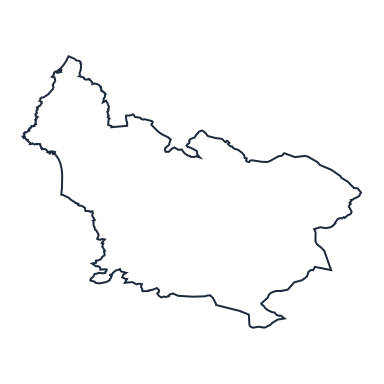 Wicklow Lea-6, Wicklow, Ireland (Robinson projection), rotated 180°
{"feature_id": "5873133B62202788208281", "entity_name": "Wicklow Lea-6", "entity_type": "district", "adm_level": 2, "iso_a3": "IRL", "parent_name": "Ireland", "parent_adm1": "Wicklow", "projection": "robinson", "projection_center": [-6.153, 53.022], "detail": "fine", "context": "isolated", "style": "outline", "palette": "slate", "viewbox_px": 384, "rotation_deg": 180, "n_neighbors": 0, "source": "geoboundaries", "source_scale": "gbopen_adm2", "svg_char_len": 6045}
<svg xmlns="http://www.w3.org/2000/svg" viewBox="0 0 384 384"><g transform="rotate(180 192 192)"><path d="M23.0,191.5L26.4,195.6L30.3,196.2L36.1,202.2L42.5,206.1L43.6,207.9L52.7,214.2L64.1,219.0L66.3,221.7L76.1,227.4L78.8,228.1L89.0,226.9L99.8,230.8L102.2,228.2L105.6,227.7L113.6,223.2L116.5,222.0L122.3,222.2L131.6,223.7L133.8,223.5L134.8,222.0L136.8,222.3L137.9,223.2L137.3,225.6L139.2,226.0L139.8,228.6L141.9,231.2L145.8,234.1L149.9,235.4L151.1,236.4L151.6,237.4L153.3,237.6L155.3,239.1L155.9,240.0L154.7,241.1L156.6,243.0L157.2,243.2L158.0,241.8L158.6,241.8L162.1,245.1L168.5,246.0L175.7,247.8L176.9,248.6L177.9,250.3L180.2,252.5L181.5,253.3L182.7,253.3L185.3,252.1L186.0,250.8L187.8,249.2L189.2,246.6L193.4,245.0L194.3,244.2L194.8,243.3L194.4,242.1L194.8,240.9L196.4,239.9L197.4,238.5L196.4,237.0L195.6,237.1L190.9,235.1L187.5,233.1L187.0,232.6L186.8,229.5L184.0,226.5L187.9,227.7L189.7,227.0L193.3,227.1L193.7,227.8L196.5,228.6L199.6,230.8L202.3,234.5L205.7,234.2L209.6,236.5L211.9,235.5L215.4,232.2L218.3,232.2L219.1,234.0L218.9,235.7L214.8,239.3L214.6,240.8L213.3,244.6L215.2,245.8L215.5,246.5L222.3,249.8L226.0,252.5L232.7,259.3L231.5,261.0L231.3,262.4L233.1,263.2L239.5,264.8L241.1,264.4L242.7,265.0L243.5,266.2L249.1,267.1L250.0,268.8L251.0,269.7L253.4,268.6L257.9,268.4L258.1,267.3L257.5,262.9L256.9,261.7L256.8,258.2L272.5,256.8L272.2,257.7L272.5,257.9L275.9,259.1L275.3,265.0L274.5,265.4L276.2,266.9L275.4,267.7L275.3,268.7L276.1,269.3L276.1,270.7L276.8,272.1L275.5,273.3L276.0,274.5L275.6,274.6L275.8,275.1L275.0,276.4L275.1,277.1L276.7,281.2L278.1,283.3L281.1,281.6L280.3,284.2L280.3,285.5L279.1,287.0L278.9,289.7L278.4,290.0L279.8,291.7L280.6,291.7L281.0,292.5L282.7,293.2L282.5,294.6L283.1,295.0L283.0,297.0L283.8,297.1L284.3,298.4L286.8,299.9L289.3,300.5L291.6,299.9L291.4,300.7L291.8,301.5L293.0,303.2L294.5,304.1L294.4,304.6L294.9,305.1L297.8,304.3L299.9,305.2L300.0,306.2L300.4,306.6L304.9,307.7L304.0,308.4L304.4,311.0L303.5,313.3L303.0,316.4L303.2,318.5L302.8,319.9L303.6,320.6L303.4,322.0L304.5,323.0L307.4,323.5L309.9,325.4L315.5,327.7L317.8,323.0L320.5,318.9L323.3,315.7L327.1,312.7L327.0,311.5L326.1,311.3L323.6,312.0L324.0,312.2L323.4,313.0L324.1,312.9L324.2,313.2L324.1,313.6L323.2,314.0L321.9,313.9L324.1,313.4L324.0,312.9L323.4,313.0L323.8,312.2L323.5,312.0L326.4,311.2L327.0,311.3L327.5,312.5L328.9,312.4L329.6,311.8L330.2,312.1L329.6,311.4L330.1,310.9L329.9,310.2L330.6,309.2L330.5,308.5L332.0,307.2L329.5,306.6L328.8,303.7L329.6,301.4L330.3,301.0L330.8,299.5L331.3,299.0L330.5,296.7L331.0,295.2L335.7,289.7L340.6,286.5L342.2,286.6L343.7,285.5L343.7,283.4L344.1,283.1L343.6,283.0L343.3,282.2L342.2,281.9L342.3,280.7L344.1,278.2L345.9,277.4L346.1,276.5L346.7,276.5L346.5,275.7L347.0,275.8L346.6,274.3L347.6,273.3L347.6,271.9L347.2,271.2L347.3,270.6L348.6,269.9L348.4,268.3L346.5,267.1L347.5,266.6L347.4,265.9L348.0,265.6L347.8,264.7L348.8,264.1L348.0,262.9L348.6,261.3L348.0,259.8L349.2,259.5L350.0,258.5L349.6,258.1L350.1,257.9L352.2,257.9L352.5,257.5L352.8,258.6L352.8,257.5L352.1,257.5L353.4,256.0L354.4,255.8L354.6,253.7L355.4,254.2L355.8,253.0L357.5,251.7L358.8,251.9L359.1,251.3L359.6,251.2L359.5,250.4L360.1,250.1L359.5,249.5L360.0,248.5L359.5,247.8L360.3,247.6L359.8,247.3L360.2,246.7L361.0,246.9L360.4,245.9L359.0,246.2L357.7,244.3L356.3,244.2L356.6,243.5L356.0,242.8L353.4,240.6L353.8,240.0L352.0,240.1L351.6,240.6L349.2,239.5L347.3,240.2L346.7,239.7L345.8,240.1L343.7,239.8L343.6,238.0L342.4,236.6L342.8,236.0L341.4,235.2L341.6,234.9L338.5,234.9L336.1,232.4L336.5,231.8L335.2,231.5L333.6,229.7L334.8,231.2L334.6,232.1L334.0,232.5L331.2,232.6L328.0,231.7L331.1,232.4L332.8,232.3L333.4,231.6L331.3,231.6L329.8,230.3L331.9,229.6L329.5,230.3L328.9,229.9L325.5,225.1L323.5,220.3L322.3,214.7L321.8,209.0L322.0,197.4L322.7,189.2L321.1,189.1L315.0,186.1L313.4,184.4L308.9,181.6L308.6,180.9L307.1,180.9L306.4,179.7L305.6,180.0L305.5,178.6L302.6,178.2L299.2,176.4L298.6,173.1L294.1,172.8L293.5,172.0L291.6,172.7L291.1,171.2L291.9,168.4L289.2,164.1L291.0,163.4L290.3,162.7L290.6,160.3L290.1,157.6L289.3,156.5L289.1,154.6L287.7,153.5L285.8,150.2L285.4,148.6L286.8,145.1L284.3,144.1L282.0,145.0L279.3,144.5L281.8,141.8L282.2,140.8L280.7,140.5L281.8,137.6L279.2,133.3L279.9,133.2L280.1,132.5L279.4,130.3L279.5,128.6L281.4,127.4L283.4,124.6L286.4,123.5L288.1,123.4L287.9,121.3L291.9,120.4L287.9,117.7L286.4,117.9L284.9,117.2L283.7,116.1L283.7,114.4L278.4,114.7L277.3,114.4L277.7,112.8L278.7,112.1L278.7,111.0L281.3,110.7L285.6,111.2L287.1,110.3L289.4,110.0L290.5,107.5L293.1,105.3L293.8,103.8L293.6,103.5L289.3,102.3L288.5,101.2L284.7,100.6L277.9,101.9L274.4,103.7L274.1,104.9L273.1,105.9L272.4,107.9L273.8,108.5L273.9,109.0L271.8,109.6L271.4,110.9L268.5,113.3L264.0,114.9L263.7,113.5L262.9,112.6L257.8,111.2L260.5,109.5L261.8,106.7L259.0,105.3L257.0,105.0L259.2,101.2L251.6,101.9L247.5,99.7L245.0,100.3L242.1,99.8L242.9,98.2L242.9,97.0L241.7,94.7L241.8,93.3L241.3,92.8L235.3,93.0L234.9,93.7L231.9,94.1L227.1,95.9L225.1,94.0L224.9,93.0L225.2,91.7L226.5,91.1L226.8,90.4L224.8,87.9L222.7,86.6L220.1,87.5L218.5,87.0L215.5,87.7L215.1,87.9L215.4,88.4L214.0,89.6L211.1,90.5L205.9,88.2L191.4,87.3L178.5,87.7L177.7,88.3L173.8,88.7L170.9,85.8L168.0,80.1L167.9,79.0L144.4,73.1L135.2,69.4L134.5,58.6L133.6,57.4L130.9,56.3L125.4,57.3L121.1,56.5L118.3,56.6L115.9,58.3L114.5,58.5L111.3,61.4L106.3,64.4L99.5,65.5L103.3,68.4L104.7,68.2L107.2,68.9L109.5,71.5L112.1,71.9L116.3,73.9L118.6,75.7L120.7,78.5L122.2,79.3L122.8,80.4L116.2,86.4L115.6,88.2L114.6,89.8L112.6,91.4L108.1,93.0L103.0,93.0L96.3,94.3L89.7,101.7L81.9,103.8L77.0,107.5L75.6,112.0L73.1,114.0L70.8,113.8L69.1,117.1L52.9,113.9L59.7,133.1L62.9,136.5L67.1,139.8L68.6,142.9L68.4,151.8L69.8,154.9L63.7,156.8L58.3,155.8L53.3,156.8L50.7,158.4L50.6,158.9L48.7,160.5L49.0,161.0L48.8,161.4L46.5,164.7L44.1,165.9L42.1,165.6L40.2,166.8L39.3,166.1L36.3,168.7L33.8,169.7L32.9,170.9L32.4,172.4L35.1,177.4L34.3,179.4L33.4,179.8L33.4,180.5L34.3,181.4L32.8,183.0L33.1,184.0L31.3,184.3L29.8,185.5L27.4,186.4L25.0,187.9L23.0,191.5Z" fill="none" stroke="#1e293b" stroke-width="2"/></g></svg>